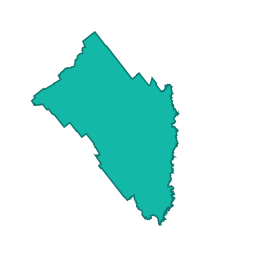 the district of Gannawarra, Victoria, Australia, rotated 52°
{"feature_id": "25037944B50058704827939", "entity_name": "Gannawarra", "entity_type": "district", "adm_level": 2, "iso_a3": "AUS", "parent_name": "Australia", "parent_adm1": "Victoria", "projection": "mercator", "projection_center": [144.036, -35.732], "detail": "fine", "context": "isolated", "style": "filled", "palette": "teal", "viewbox_px": 256, "rotation_deg": 52, "n_neighbors": 0, "source": "geoboundaries", "source_scale": "gbopen_adm2", "svg_char_len": 5925}
<svg xmlns="http://www.w3.org/2000/svg" viewBox="0 0 256 256"><g transform="rotate(52 128 128)"><path d="M121.6,68.3L121.8,68.7L120.5,68.2L119.4,68.4L118.7,69.9L118.3,70.0L118.7,70.9L119.4,70.5L119.4,71.0L118.5,71.5L118.0,71.4L117.4,72.3L117.8,72.8L118.1,72.5L118.3,73.1L119.5,73.2L119.3,73.7L119.6,73.8L119.5,74.1L119.7,74.4L119.8,74.0L120.3,74.2L120.5,74.5L120.2,75.6L120.8,75.9L120.6,76.3L120.9,77.7L119.9,77.7L119.9,79.4L112.3,79.4L110.4,78.6L110.4,78.2L103.5,78.2L105.9,81.3L107.8,84.6L106.8,85.5L91.5,85.5L91.5,88.4L92.0,88.5L92.0,94.6L50.3,94.5L49.9,95.1L31.9,95.0L31.9,110.1L38.0,112.1L37.0,113.8L37.0,114.8L38.9,116.6L41.0,117.3L41.3,118.1L40.2,119.5L39.9,120.7L40.1,123.1L40.5,123.9L41.8,124.9L41.9,125.6L42.4,125.7L42.3,127.0L41.9,127.3L42.3,128.2L44.7,129.9L44.8,130.5L45.6,130.9L46.2,132.5L46.1,133.5L45.3,134.6L45.6,135.2L45.0,135.8L45.2,136.7L44.5,137.5L44.3,138.2L43.7,138.1L43.4,138.7L43.5,139.1L42.9,139.7L42.9,140.4L42.5,140.9L42.9,141.5L42.9,143.6L43.5,143.9L43.7,144.5L43.0,145.4L43.3,145.9L43.2,146.9L44.0,148.4L43.6,148.9L44.1,149.0L43.8,150.5L48.3,151.2L47.3,159.0L47.8,159.0L46.2,170.2L45.0,170.2L45.0,182.5L47.0,182.5L47.3,187.2L50.4,187.4L51.0,187.1L51.4,187.8L52.1,187.9L52.3,187.6L52.0,187.2L52.5,187.1L52.2,186.7L53.1,186.6L53.1,186.2L53.8,185.9L54.0,184.9L55.1,184.0L55.0,183.6L55.7,182.7L55.6,182.3L56.4,181.8L56.4,180.7L63.8,180.6L63.8,179.0L70.2,179.0L72.6,177.8L88.0,177.7L88.0,170.5L98.9,170.5L98.9,170.0L106.8,170.0L106.8,164.4L119.0,164.4L119.3,164.8L123.0,165.4L123.0,165.7L123.5,165.4L131.6,166.5L131.0,167.4L131.0,168.0L131.7,168.6L130.7,168.9L130.5,169.5L130.2,169.4L129.9,170.3L129.5,170.5L134.6,171.0L139.1,171.0L139.1,171.6L139.8,171.6L139.8,174.3L143.0,174.3L143.0,173.5L180.0,173.5L180.3,173.0L184.5,173.0L184.5,171.9L184.9,170.9L184.5,170.6L184.9,170.3L185.0,169.6L184.8,169.3L185.0,169.2L184.5,168.9L184.7,168.4L184.1,168.3L184.3,167.7L184.2,166.8L184.9,165.9L184.9,164.7L185.7,165.8L186.6,165.8L188.0,166.6L189.9,167.1L191.0,166.7L192.1,167.9L192.9,167.4L193.4,167.4L193.9,168.2L195.4,169.5L196.7,168.8L197.2,168.9L197.8,169.8L201.3,168.1L202.1,168.1L204.3,169.2L204.3,169.5L205.1,170.3L210.1,170.3L209.3,168.9L210.6,168.5L211.9,169.1L212.5,168.3L212.6,167.5L213.1,167.3L212.9,166.6L213.3,165.8L213.4,165.1L212.8,165.0L212.4,165.5L212.0,164.6L211.2,164.6L211.5,163.6L211.4,162.0L212.5,161.8L212.7,161.2L215.2,160.1L217.8,159.8L220.1,161.4L221.4,161.8L222.5,162.9L223.1,162.5L223.9,162.7L224.0,162.5L223.5,162.1L224.1,161.7L223.3,161.6L223.1,160.3L222.2,159.8L223.0,159.2L221.9,159.4L221.7,159.1L222.5,157.9L221.8,158.2L221.7,157.7L222.9,157.1L222.6,156.8L221.7,157.1L221.4,156.6L222.4,156.0L221.9,154.8L222.9,154.9L223.0,154.5L221.2,154.8L220.8,155.3L220.6,154.6L220.1,154.9L219.2,154.4L219.4,152.8L219.1,152.9L218.8,153.7L217.9,153.2L218.4,151.9L217.7,151.3L218.4,151.0L216.8,150.7L216.5,150.0L217.0,149.6L217.9,150.0L217.9,149.3L218.3,149.4L218.5,150.1L218.8,149.7L217.9,149.0L216.8,149.4L216.3,148.9L216.6,148.4L217.5,148.3L216.8,148.1L216.8,147.5L217.5,146.7L218.2,146.7L218.3,146.3L217.9,146.1L216.8,146.5L216.4,145.7L216.1,146.1L216.3,147.1L215.7,147.4L215.4,147.2L215.1,146.6L215.3,145.5L215.7,144.9L216.5,144.8L217.2,145.2L217.2,144.5L215.6,144.8L215.4,144.5L216.3,143.9L216.3,143.3L216.9,142.6L216.4,141.8L217.1,141.2L217.1,140.7L216.7,140.2L216.0,140.2L215.1,141.3L214.6,141.3L214.6,140.5L213.4,139.8L214.3,139.0L213.3,139.5L212.8,139.0L213.1,137.1L212.2,137.1L212.0,136.9L212.5,136.2L212.4,135.2L211.3,136.2L210.9,135.9L211.1,134.6L210.7,134.8L210.2,136.0L209.3,134.8L208.7,134.9L208.2,135.6L207.2,135.2L207.2,134.8L207.9,134.5L207.7,133.3L208.8,132.9L209.0,132.5L208.8,132.2L207.1,132.1L206.8,133.1L206.5,133.2L206.2,132.6L206.4,131.7L206.0,131.6L205.7,131.7L205.2,133.2L204.6,133.0L204.0,132.1L203.2,132.6L203.1,131.8L204.2,130.2L203.4,129.0L202.2,129.3L201.6,129.0L201.0,129.6L200.3,129.7L200.4,130.5L199.7,130.9L199.0,132.5L198.0,132.0L197.4,131.5L197.6,130.8L197.0,130.0L196.2,129.2L196.3,128.6L195.8,128.0L196.1,127.5L195.4,127.6L195.1,127.4L195.2,125.6L192.2,124.4L191.4,123.4L189.7,122.6L189.7,121.4L190.4,121.0L189.8,120.4L190.7,119.9L189.6,119.6L189.3,118.4L188.4,118.6L188.1,118.2L187.7,118.6L187.5,117.9L186.9,118.4L186.2,118.2L185.6,117.2L185.0,117.1L185.3,116.3L184.7,116.0L185.3,115.7L184.8,115.5L184.8,115.0L183.7,115.6L183.1,115.4L182.7,115.9L182.2,115.3L180.6,115.2L180.7,114.5L179.9,113.1L179.9,112.5L179.3,112.3L178.8,111.4L179.2,110.7L179.7,111.0L179.1,109.9L178.4,109.9L179.0,109.2L177.9,109.6L178.2,109.8L178.1,110.1L177.3,110.2L176.9,110.0L176.5,108.8L175.4,108.8L175.4,107.3L174.7,107.5L174.5,106.9L173.0,105.7L173.4,104.7L172.5,104.4L172.3,103.8L172.7,103.0L171.9,101.8L172.4,101.4L172.3,100.7L171.7,100.7L171.5,100.3L171.9,100.0L171.7,99.9L170.6,99.9L171.1,99.3L170.9,98.3L170.3,98.5L170.1,97.9L169.4,97.6L168.7,97.7L167.6,97.0L166.5,97.0L165.9,96.3L165.3,96.2L165.2,95.7L164.6,96.1L164.2,95.6L163.6,95.4L163.9,94.1L161.0,92.6L161.1,91.1L160.8,90.3L160.5,90.4L160.3,90.9L160.0,91.0L159.6,90.5L159.7,89.7L158.8,91.1L158.4,90.6L158.0,91.1L156.2,90.4L155.6,90.8L155.2,90.7L154.6,91.5L155.1,92.4L154.6,92.6L153.5,92.1L152.4,91.1L151.8,91.2L151.3,90.8L151.2,90.4L152.4,89.7L152.9,88.8L152.2,88.2L152.4,86.9L151.7,86.5L151.2,86.7L148.7,86.2L148.1,84.5L147.8,84.2L148.0,83.5L146.6,82.3L147.0,81.1L147.4,81.2L147.8,81.6L148.3,81.4L147.7,80.5L147.9,79.4L147.5,79.5L147.6,79.8L147.4,80.0L146.4,79.1L146.4,80.1L146.0,80.3L145.0,80.2L144.3,79.5L143.1,79.7L142.2,80.0L142.1,80.6L141.7,80.8L141.5,79.8L142.0,79.6L141.9,79.2L141.1,79.7L140.1,79.7L139.7,79.3L139.1,79.5L138.8,79.2L138.9,78.7L138.1,78.3L138.1,79.2L137.5,79.1L137.0,79.3L136.6,78.3L137.3,78.1L135.9,78.4L133.9,76.3L132.7,76.7L132.0,76.5L131.1,74.7L130.8,74.9L130.8,75.5L129.8,74.6L129.4,75.2L129.0,75.2L128.9,74.6L129.2,74.0L128.1,72.8L128.5,71.9L128.4,71.4L126.8,71.7L125.8,70.5L123.6,70.0L122.7,68.8L122.7,68.1L121.6,68.3Z" fill="#14b8a6" stroke="#0f766e" stroke-width="1.5"/></g></svg>